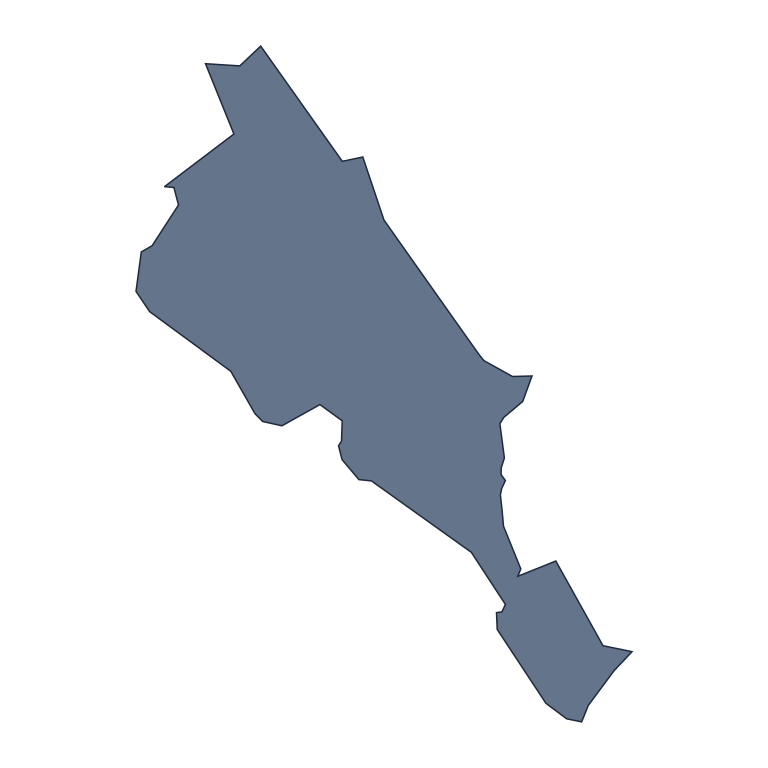 Newport News, Virginia, United States of America (Mercator projection)
{"feature_id": "52423323B40320593937866", "entity_name": "Newport News", "entity_type": "district", "adm_level": 2, "iso_a3": "USA", "parent_name": "United States of America", "parent_adm1": "Virginia", "projection": "mercator", "projection_center": [-76.498, 37.092], "detail": "fine", "context": "isolated", "style": "filled", "palette": "slate", "viewbox_px": 768, "rotation_deg": 0, "n_neighbors": 0, "source": "geoboundaries", "source_scale": "gbopen_adm2", "svg_char_len": 884}
<svg xmlns="http://www.w3.org/2000/svg" viewBox="0 0 768 768"><path d="M164.8,186.4L164.9,186.7L173.9,187.5L178.5,205.0L152.1,245.7L141.3,251.9L136.0,291.4L149.7,311.7L230.8,371.3L255.0,413.7L262.7,421.5L281.9,425.8L319.9,404.6L342.2,420.8L341.5,441.0L338.5,445.8L342.1,459.7L358.9,479.6L371.4,480.9L471.4,552.4L494.3,587.5L504.0,602.3L505.4,604.4L501.9,611.9L496.5,612.6L497.2,629.4L512.6,652.8L545.9,703.3L566.6,718.8L581.6,721.9L584.0,716.1L588.3,705.4L613.9,670.9L632.0,651.7L603.0,645.7L555.8,561.0L517.8,576.3L520.8,568.9L503.5,526.2L502.2,511.3L500.4,494.8L501.7,488.5L505.4,480.5L501.1,474.6L501.2,467.8L504.4,458.0L499.9,423.7L503.9,417.3L522.7,401.5L532.0,376.0L512.5,376.5L483.9,360.6L479.0,354.5L457.8,324.6L384.0,220.1L362.8,157.0L342.3,161.3L278.4,71.1L260.7,46.1L239.8,65.9L205.5,63.7L233.9,134.0L164.8,186.4Z" fill="#64748b" stroke="#1e293b" stroke-width="1.5"/></svg>